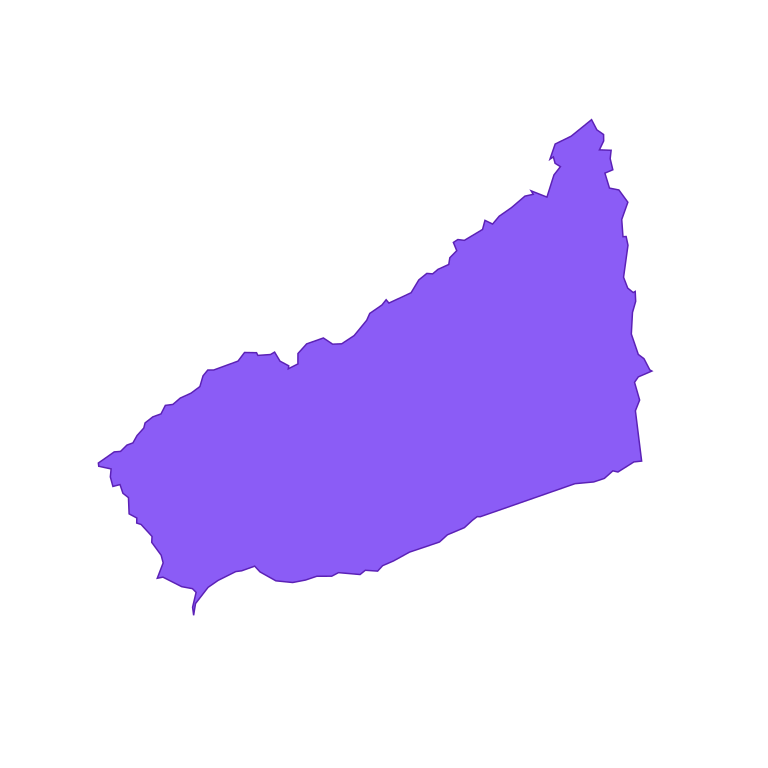 Sabana Grande, Puerto Rico (Equal Earth projection), rotated 249°
{"feature_id": "32010507B75385712317101", "entity_name": "Sabana Grande", "entity_type": "district", "adm_level": 2, "iso_a3": "PRI", "parent_name": "Puerto Rico", "parent_adm1": "", "projection": "equal_earth", "projection_center": [-66.935, 18.087], "detail": "fine", "context": "isolated", "style": "filled", "palette": "violet", "viewbox_px": 768, "rotation_deg": 249, "n_neighbors": 0, "source": "geoboundaries", "source_scale": "gbopen_adm2", "svg_char_len": 2012}
<svg xmlns="http://www.w3.org/2000/svg" viewBox="0 0 768 768"><g transform="rotate(249 384 384)"><path d="M412.6,89.0L409.4,88.2L402.5,98.8L395.3,95.2L385.5,94.2L384.7,101.5L375.5,101.1L369.5,104.7L354.1,99.5L347.5,105.2L342.8,103.3L339.9,106.9L324.8,112.8L319.4,110.4L304.0,114.6L296.1,113.7L283.9,102.7L282.9,108.4L267.3,122.5L261.6,131.8L256.8,133.9L244.2,125.3L236.3,123.4L240.5,125.8L246.6,129.4L257.2,146.9L260.1,158.8L262.0,178.4L260.6,184.2L260.3,198.0L253.0,200.9L239.0,212.5L231.4,227.6L229.1,240.5L228.6,252.4L223.3,266.3L224.2,273.9L214.7,293.4L216.8,299.8L211.6,311.0L214.9,317.6L215.4,329.4L217.9,347.5L216.6,379.2L220.5,389.2L221.1,407.6L225.1,417.7L226.8,423.5L225.6,426.2L222.5,526.6L217.4,544.7L216.9,555.9L220.9,566.5L218.0,570.9L221.7,589.4L219.7,596.9L268.9,609.1L277.4,616.9L295.8,618.5L299.5,624.0L300.1,638.7L301.9,637.2L314.4,635.8L320.5,632.0L342.0,632.8L361.7,641.6L371.0,648.6L380.4,651.7L380.1,649.4L386.2,645.9L397.8,645.9L426.1,661.5L434.9,662.9L435.9,659.9L452.4,664.9L466.3,676.8L481.0,672.8L486.1,664.7L501.7,665.8L502.0,674.4L513.3,675.9L520.8,679.8L525.4,669.0L532.2,676.2L538.2,678.4L545.0,673.8L556.4,672.5L548.3,647.6L546.7,629.8L534.4,619.5L535.3,623.5L528.7,622.8L523.7,626.6L518.3,617.6L500.1,603.1L511.6,590.6L507.6,591.3L508.9,582.9L503.0,566.3L499.4,551.7L494.4,542.7L500.6,536.9L493.0,531.4L489.3,510.5L492.4,504.7L491.3,499.5L482.4,499.7L478.3,490.7L472.4,487.3L471.7,475.5L469.4,468.9L471.9,463.6L468.7,453.8L459.5,442.0L457.8,417.6L461.9,416.2L458.5,410.4L455.0,396.0L449.7,390.7L439.9,373.5L436.7,358.9L439.6,350.3L448.7,343.9L449.2,326.2L443.3,314.6L435.4,311.5L433.6,310.9L432.5,300.1L435.1,301.6L442.6,295.1L453.0,293.3L452.2,288.6L455.9,276.5L458.9,276.2L463.4,265.1L457.7,255.9L458.1,230.0L460.2,224.5L456.5,218.0L447.6,211.2L444.6,200.5L443.9,188.8L440.6,179.6L442.4,172.2L436.0,165.1L436.2,156.5L433.3,147.0L429.0,144.0L424.4,135.0L419.0,128.5L419.1,122.1L415.5,113.9L417.3,107.8L412.6,89.0Z" fill="#8b5cf6" stroke="#5b21b6" stroke-width="1.5"/></g></svg>